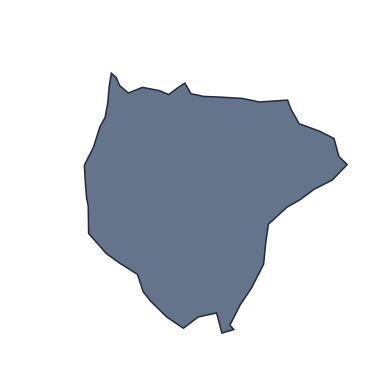 Klonari, Limassol, Cyprus (Mercator projection), rotated 27°
{"feature_id": "46923920B45851080898920", "entity_name": "Klonari", "entity_type": "district", "adm_level": 2, "iso_a3": "CYP", "parent_name": "Cyprus", "parent_adm1": "Limassol", "projection": "mercator", "projection_center": [33.179, 34.828], "detail": "fine", "context": "isolated", "style": "filled", "palette": "slate", "viewbox_px": 384, "rotation_deg": 27, "n_neighbors": 0, "source": "geoboundaries", "source_scale": "gbopen_adm2", "svg_char_len": 807}
<svg xmlns="http://www.w3.org/2000/svg" viewBox="0 0 384 384"><g transform="rotate(27 192 192)"><path d="M66.2,122.8L70.4,135.9L76.4,150.6L80.7,164.9L80.3,175.3L83.9,197.1L83.9,217.0L91.8,230.6L100.1,244.1L106.1,252.0L118.7,275.9L125.1,278.4L143.7,285.8L159.5,288.2L180.9,290.2L193.6,302.9L204.7,308.1L205.1,308.2L226.4,314.9L246.2,317.3L254.2,300.6L268.8,288.6L282.7,304.1L291.7,295.6L286.2,293.4L286.2,270.7L288.6,250.8L288.6,223.8L281.1,204.7L274.7,186.0L283.5,162.5L291.8,149.8L299.7,133.9L311.6,117.6L317.8,97.1L306.8,93.7L294.3,79.9L278.6,79.9L256.4,82.5L242.6,73.3L235.4,66.7L211.2,81.2L194.2,85.8L173.2,95.0L158.8,101.6L146.4,104.9L136.3,98.2L132.5,104.6L127.0,115.7L116.5,116.6L100.4,121.2L90.3,132.7L79.3,130.0L72.4,124.4L66.2,122.8Z" fill="#64748b" stroke="#1e293b" stroke-width="1.5"/></g></svg>